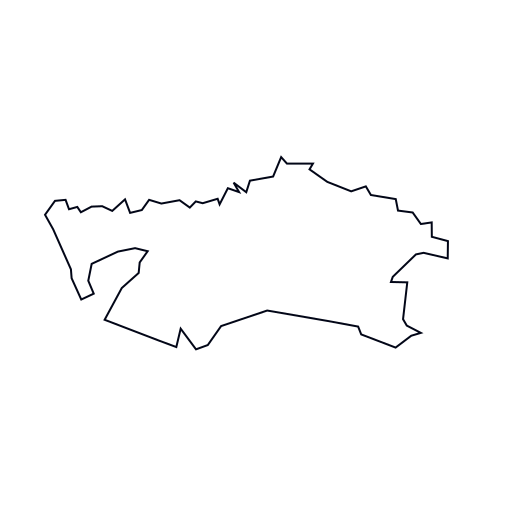 outline of Calhoun, South Carolina, United States of America, rotated 329°
{"feature_id": "52423323B26821031365156", "entity_name": "Calhoun", "entity_type": "district", "adm_level": 2, "iso_a3": "USA", "parent_name": "United States of America", "parent_adm1": "South Carolina", "projection": "mercator", "projection_center": [-80.796, 33.675], "detail": "fine", "context": "isolated", "style": "outline", "palette": "ink", "viewbox_px": 512, "rotation_deg": 329, "n_neighbors": 0, "source": "geoboundaries", "source_scale": "gbopen_adm2", "svg_char_len": 1082}
<svg xmlns="http://www.w3.org/2000/svg" viewBox="0 0 512 512"><g transform="rotate(329 256 256)"><path d="M112.1,105.2L96.4,112.0L95.9,128.6L90.5,172.1L86.5,180.1L83.8,203.3L97.5,204.7L99.5,190.8L111.1,178.1L139.9,181.1L156.4,187.0L165.6,196.1L153.0,201.6L146.7,210.1L124.5,214.3L93.4,232.7L129.3,278.6L140.8,293.0L154.0,279.5L156.5,305.1L168.8,307.5L190.0,298.1L237.5,308.5L284.1,348.7L307.2,369.1L305.8,377.4L328.5,406.4L348.0,404.3L357.7,406.8L349.4,393.3L349.5,385.9L372.1,356.5L358.3,347.8L362.5,344.3L393.9,337.0L401.3,339.6L419.1,356.8L428.2,342.1L416.6,330.1L423.9,317.7L413.8,313.5L412.7,299.4L401.1,290.2L405.1,279.2L385.9,262.9L386.0,252.9L370.9,249.6L355.3,229.2L346.5,209.3L352.4,206.1L330.1,192.7L328.5,184.2L311.6,196.7L289.6,188.3L280.5,196.3L274.6,181.6L274.4,192.5L266.8,183.4L251.4,193.0L252.6,187.2L237.5,183.3L232.5,178.2L224.2,180.4L219.2,168.8L201.9,162.3L193.3,152.8L181.8,157.8L170.3,154.2L172.9,140.0L156.0,143.3L149.8,134.1L140.5,129.0L128.4,128.3L128.1,121.9L119.8,119.6L121.7,109.8L112.1,105.2Z" fill="none" stroke="#020617" stroke-width="2"/></g></svg>